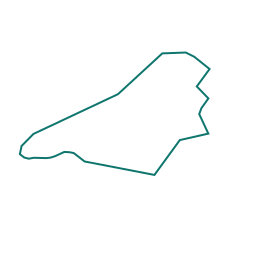 SVG path tracing the border of Radece, rotated 141°
{"feature_id": "SVN-980", "entity_name": "Radece", "entity_type": "Municipality", "adm_level": 1, "iso_a3": "SVN", "parent_name": "Slovenia", "parent_adm1": "", "projection": "orthographic", "projection_center": [15.163, 46.062], "detail": "fine", "context": "isolated", "style": "outline", "palette": "teal", "viewbox_px": 256, "rotation_deg": 141, "n_neighbors": 0, "source": "natural_earth", "source_scale": "10m", "svg_char_len": 462}
<svg xmlns="http://www.w3.org/2000/svg" viewBox="0 0 256 256"><g transform="rotate(141 128 128)"><path d="M54.4,164.4L35.6,150.3L31.7,141.7L27.5,122.5L48.4,117.0L46.9,100.4L58.5,97.2L63.9,94.0L69.1,73.1L95.3,86.0L137.0,74.9L182.8,129.3L185.9,142.6L188.7,146.0L192.6,149.5L202.4,152.0L206.8,153.7L210.3,155.9L219.9,164.1L224.4,166.6L227.2,170.3L228.5,175.7L222.0,181.0L205.2,182.9L114.5,160.6L54.4,164.4Z" fill="none" stroke="#0f766e" stroke-width="2"/></g></svg>